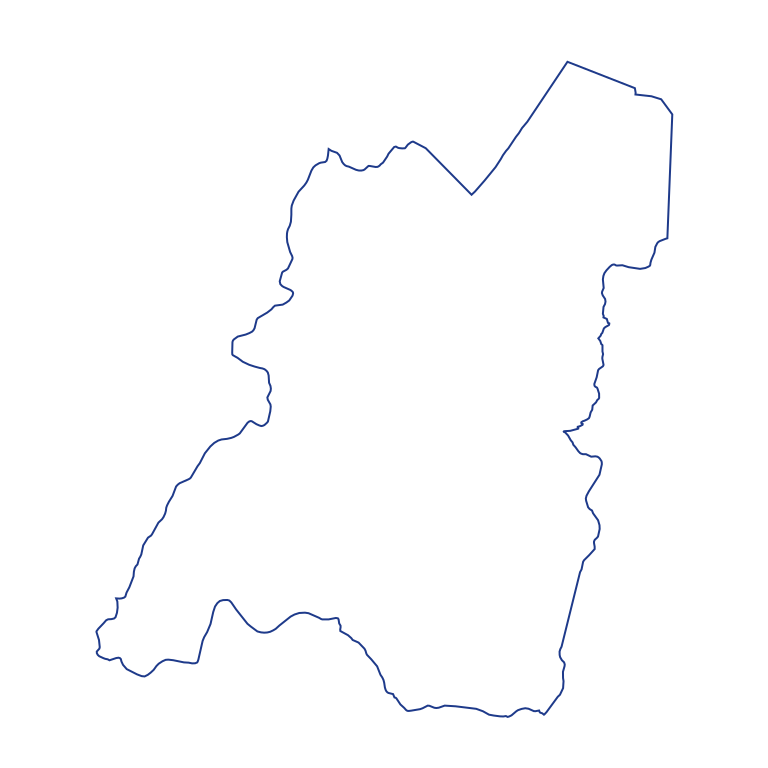 Sulaco, Yoro, Honduras, rotated 92°
{"feature_id": "27666195B65323297642251", "entity_name": "Sulaco", "entity_type": "district", "adm_level": 2, "iso_a3": "HND", "parent_name": "Honduras", "parent_adm1": "Yoro", "projection": "orthographic", "projection_center": [-87.263, 14.959], "detail": "fine", "context": "isolated", "style": "outline", "palette": "blue", "viewbox_px": 768, "rotation_deg": 92, "n_neighbors": 0, "source": "geoboundaries", "source_scale": "gbopen_adm2", "svg_char_len": 6159}
<svg xmlns="http://www.w3.org/2000/svg" viewBox="0 0 768 768"><g transform="rotate(92 384 384)"><path d="M607.6,644.2L610.7,642.9L616.8,642.4L622.0,642.9L626.5,644.2L627.8,645.6L628.5,648.3L628.8,651.5L629.8,653.4L632.9,655.9L638.5,660.9L641.2,662.7L641.9,662.7L649.8,659.9L656.9,658.9L658.4,659.2L661.4,661.7L663.0,661.6L664.7,660.6L666.0,659.1L667.8,654.8L668.4,653.0L668.8,650.5L669.7,648.7L667.2,642.0L666.8,639.7L667.2,638.3L668.1,637.4L670.5,636.7L673.8,635.0L677.9,631.2L682.8,620.7L684.4,616.0L684.6,613.0L682.9,609.9L680.6,607.1L677.7,604.2L673.8,601.6L671.4,599.4L668.8,595.7L667.3,592.6L667.0,590.0L667.4,585.0L669.2,574.2L669.3,569.5L669.9,566.0L669.7,563.0L668.8,561.0L667.9,560.5L665.9,559.9L647.1,556.3L643.3,554.9L638.1,552.1L629.9,549.0L617.8,546.7L612.3,545.1L608.8,542.9L606.6,540.5L605.6,537.3L605.3,533.0L605.8,531.0L607.6,529.0L614.5,523.9L628.4,512.1L631.0,508.7L635.7,501.9L636.5,498.3L636.7,495.1L636.4,492.0L635.6,489.1L634.1,486.2L632.5,483.7L629.0,480.1L619.7,469.2L617.5,465.4L615.8,460.7L615.3,455.0L615.7,451.4L619.9,440.8L621.1,438.6L621.4,437.5L621.2,431.2L619.5,423.9L619.8,421.9L620.8,421.2L624.9,420.4L627.0,419.0L628.5,418.9L630.9,419.2L632.4,419.0L636.3,411.2L639.1,407.8L640.9,406.4L643.3,400.4L649.2,394.3L651.1,393.2L654.1,392.2L655.3,391.5L659.6,387.1L666.4,381.0L674.7,377.4L677.3,375.5L679.8,374.2L682.5,373.4L687.3,372.5L689.6,371.7L691.0,370.9L692.0,369.9L692.6,368.8L693.6,364.1L696.9,362.6L697.2,361.3L697.8,360.6L703.7,356.4L707.0,352.5L709.0,350.6L709.8,349.3L709.9,347.9L709.5,345.4L707.7,336.6L706.7,334.1L703.9,329.1L704.0,327.4L705.8,322.4L706.0,320.4L705.6,318.0L703.3,312.1L703.6,301.3L705.4,280.5L707.6,273.7L710.8,267.5L711.5,262.8L712.1,256.4L712.1,253.2L711.6,250.6L712.4,248.8L711.9,247.3L710.7,245.0L706.4,240.3L705.3,238.7L703.9,235.1L703.1,231.5L703.5,228.2L705.7,222.8L705.7,221.2L704.9,217.6L706.2,217.1L707.0,216.4L707.6,214.3L708.9,212.6L708.5,212.1L706.2,210.1L690.5,199.4L688.4,197.3L681.7,194.4L674.7,194.2L671.6,194.8L665.4,195.1L659.6,193.7L657.9,193.6L655.9,194.3L653.8,196.6L650.9,198.4L648.7,199.0L645.3,199.2L642.7,198.5L640.4,197.4L565.2,181.5L562.4,180.1L554.7,178.8L553.1,177.9L548.0,173.1L541.6,167.7L539.2,167.8L535.4,168.6L534.0,168.6L532.3,167.9L530.6,166.1L529.0,164.8L521.4,163.4L517.6,163.7L512.7,165.3L506.0,170.5L503.2,171.7L501.8,174.1L500.1,175.7L493.7,177.9L491.4,178.3L488.6,177.7L484.1,175.5L467.2,165.5L456.7,163.5L455.0,163.6L453.6,163.9L450.9,165.8L449.8,167.1L449.2,168.2L448.9,170.2L449.4,174.4L447.1,179.7L447.2,182.8L446.7,184.6L446.1,185.7L444.3,187.5L440.5,190.4L438.1,192.7L435.8,193.5L433.7,195.4L429.1,198.2L426.0,201.3L425.6,202.5L425.3,202.7L425.0,202.5L424.8,201.5L424.3,196.2L422.0,188.7L421.8,188.3L421.3,188.3L420.4,189.0L420.0,188.9L419.4,186.9L417.9,184.2L417.1,184.0L416.4,185.3L415.8,185.5L415.3,185.4L414.4,184.2L413.6,182.2L412.3,179.7L411.0,178.0L409.6,177.4L405.2,176.5L402.4,175.0L398.2,174.7L395.0,171.5L392.6,170.3L391.4,169.0L390.4,168.5L386.1,168.7L381.1,170.5L380.2,171.0L379.4,172.6L378.8,173.3L377.8,173.7L376.6,173.8L369.9,171.7L362.8,170.5L361.5,169.6L358.7,165.9L357.8,165.4L357.0,165.3L351.1,166.7L349.5,166.7L346.5,166.1L343.8,166.8L337.8,167.0L337.3,167.2L336.6,168.2L333.4,169.4L330.9,171.4L328.1,169.1L326.6,168.7L325.3,167.6L320.8,166.2L319.4,164.8L317.3,161.3L316.0,160.9L315.5,161.0L315.1,162.3L311.2,163.6L309.8,167.0L308.4,166.8L306.2,167.7L299.3,167.3L296.4,165.9L293.9,165.5L291.3,166.0L287.8,168.5L285.5,169.4L284.0,169.2L280.4,167.8L271.8,168.9L268.3,168.5L265.6,167.6L262.7,165.7L259.0,162.5L257.2,160.5L256.6,159.1L256.6,157.7L257.4,156.2L257.5,155.2L257.0,149.9L258.7,143.6L260.0,132.1L259.0,126.9L257.5,123.8L256.6,122.5L255.8,122.1L253.5,121.9L250.4,121.1L243.3,118.3L237.5,117.6L233.7,115.8L232.6,114.9L231.6,113.5L229.1,107.7L228.5,105.9L104.5,105.3L89.8,116.9L87.1,126.8L85.9,142.8L84.0,142.7L79.6,143.6L55.6,211.9L116.9,249.9L123.4,255.0L128.5,257.9L132.5,260.8L144.2,268.0L146.7,270.1L151.2,273.1L155.1,275.1L163.4,280.1L177.2,290.6L188.5,299.8L191.8,303.1L146.9,350.5L140.8,363.2L140.8,363.9L141.4,365.3L143.9,368.5L147.3,370.9L147.7,371.4L147.9,374.1L147.7,377.1L147.4,378.3L146.3,380.4L146.8,382.1L153.7,387.5L156.6,388.8L162.8,392.7L164.6,395.0L165.8,395.9L166.8,397.2L167.3,398.4L167.4,400.0L166.6,405.8L166.6,407.1L170.3,410.9L171.0,412.1L171.5,414.3L171.5,416.8L170.9,419.5L168.0,426.7L167.5,429.1L166.8,430.5L165.5,432.0L163.7,433.5L157.2,436.4L154.6,439.0L152.8,444.7L151.1,447.5L157.8,448.0L160.8,448.5L162.9,449.2L164.2,450.6L165.0,454.9L165.6,456.5L167.9,460.1L170.0,462.2L173.3,464.0L182.5,467.2L185.4,468.6L188.4,470.6L194.8,476.1L203.8,480.7L208.9,482.4L212.0,482.7L218.2,482.5L225.1,482.7L229.1,483.7L232.6,485.3L234.8,485.9L236.9,486.2L240.7,486.2L245.6,485.6L255.4,482.4L259.3,480.3L261.0,479.8L262.3,479.9L271.9,484.0L273.3,485.5L275.3,489.0L276.2,489.7L285.0,491.8L287.8,491.1L289.5,489.4L290.5,487.8L293.4,480.6L294.8,478.8L295.6,478.2L296.7,478.0L298.9,478.5L303.8,481.6L306.0,484.4L308.2,488.0L309.5,495.7L311.0,497.3L313.3,499.1L316.7,503.2L322.6,512.5L324.2,513.5L332.8,515.3L334.9,516.4L336.3,517.7L337.8,520.3L339.4,523.9L341.7,531.8L344.7,535.6L345.9,536.5L347.4,536.9L358.1,536.8L359.8,536.6L360.5,536.0L363.0,531.2L366.7,525.9L369.5,519.4L371.1,513.9L372.3,508.7L372.7,506.0L373.4,503.9L374.9,501.9L376.6,500.5L379.5,499.6L386.8,498.9L389.9,497.4L392.6,496.9L395.0,497.1L401.5,500.1L403.8,499.6L408.4,496.8L410.6,496.4L415.2,496.7L425.6,498.7L427.0,499.8L429.2,502.1L430.0,503.7L430.3,505.2L429.8,507.1L428.6,510.1L425.8,514.9L425.7,516.0L426.1,517.3L427.5,519.0L438.4,526.4L439.6,527.9L442.1,532.1L443.2,534.8L444.3,539.0L445.1,544.4L446.3,547.7L448.8,551.6L452.5,555.4L459.5,560.6L469.5,565.3L472.7,567.5L484.3,573.8L485.4,574.9L486.2,576.3L490.3,584.8L491.8,586.6L493.7,588.2L503.2,591.4L509.3,594.9L513.0,596.6L515.3,597.3L518.1,597.5L521.1,598.2L524.7,599.7L526.9,601.1L530.4,604.6L542.1,610.5L543.6,611.5L545.8,614.5L553.7,619.0L562.8,620.6L565.2,621.6L567.1,622.7L573.0,624.1L574.8,625.7L577.0,626.8L580.3,627.4L585.0,627.6L596.0,631.4L601.4,634.0L605.5,635.1L606.6,636.4L607.4,638.7L607.7,640.9L607.6,644.2Z" fill="none" stroke="#1e3a8a" stroke-width="2"/></g></svg>